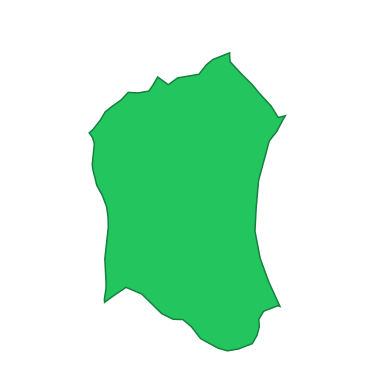 Tokchon City, P'yŏngan-namdo, North Korea, rotated 285°
{"feature_id": "82179303B91694454499505", "entity_name": "Tokchon City", "entity_type": "district", "adm_level": 2, "iso_a3": "PRK", "parent_name": "North Korea", "parent_adm1": "P'yŏngan-namdo", "projection": "mercator", "projection_center": [126.309, 39.767], "detail": "fine", "context": "isolated", "style": "filled", "palette": "green", "viewbox_px": 384, "rotation_deg": 285, "n_neighbors": 0, "source": "geoboundaries", "source_scale": "gbopen_adm2", "svg_char_len": 988}
<svg xmlns="http://www.w3.org/2000/svg" viewBox="0 0 384 384"><g transform="rotate(285 192 192)"><path d="M55.0,281.0L61.2,289.5L70.3,291.9L79.4,291.9L86.2,289.5L95.3,292.0L104.3,304.2L104.2,306.6L124.8,289.6L145.4,275.1L170.4,263.0L193.2,258.1L220.5,253.3L240.9,253.4L261.3,253.4L272.7,258.3L284.0,260.8L289.8,262.4L286.3,256.0L295.5,246.2L304.7,231.6L311.6,221.9L318.5,209.7L327.7,195.1L334.5,192.7L336.2,192.4L325.5,178.0L318.8,173.1L307.5,168.2L303.0,158.4L298.5,148.6L289.5,141.3L294.2,129.1L285.1,126.6L278.3,124.2L273.8,114.4L271.7,104.6L262.6,99.7L253.6,92.3L246.8,87.4L237.8,84.9L226.4,80.0L222.6,77.4L218.7,81.9L213.3,85.2L193.0,88.5L188.4,90.2L173.8,98.3L165.3,106.4L155.6,113.4L145.8,117.5L136.1,120.3L104.9,125.1L81.7,132.6L76.6,133.9L65.8,135.1L62.8,136.1L71.5,143.1L82.8,152.9L80.4,170.0L73.5,182.2L66.6,194.4L64.2,206.6L66.4,216.3L61.8,226.1L52.6,238.3L50.2,248.0L47.9,257.7L47.8,267.5L52.3,277.3L55.0,281.0Z" fill="#22c55e" stroke="#15803d" stroke-width="1.5"/></g></svg>